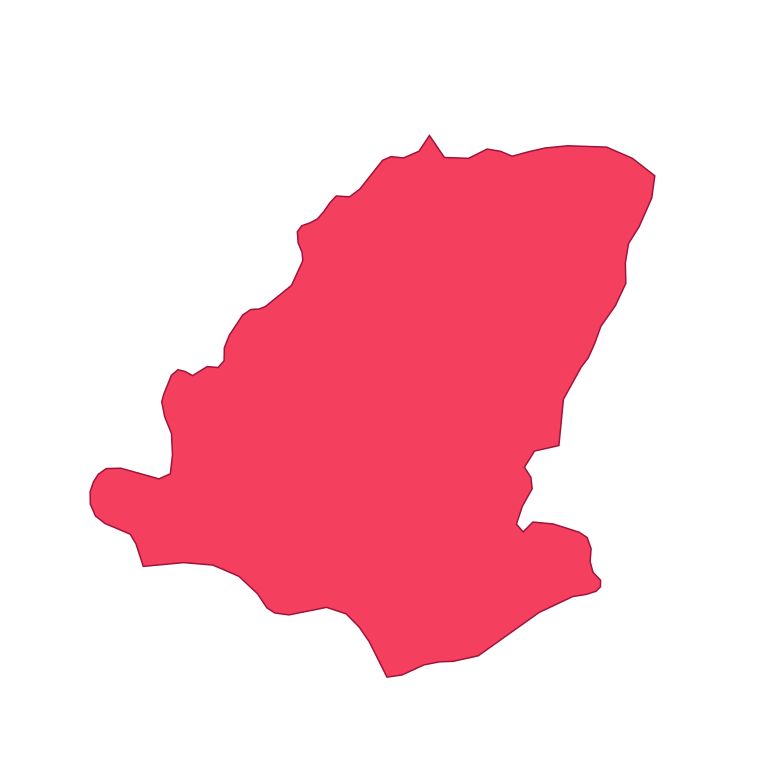 SVG path tracing the border of Bougouriba, rotated 14°
{"feature_id": "BFA-2832", "entity_name": "Bougouriba", "entity_type": "Province", "adm_level": 1, "iso_a3": "BFA", "parent_name": "Burkina Faso", "parent_adm1": "", "projection": "equal_earth", "projection_center": [-3.423, 10.894], "detail": "fine", "context": "isolated", "style": "filled", "palette": "rose", "viewbox_px": 768, "rotation_deg": 14, "n_neighbors": 0, "source": "natural_earth", "source_scale": "10m", "svg_char_len": 1502}
<svg xmlns="http://www.w3.org/2000/svg" viewBox="0 0 768 768"><g transform="rotate(14 384 384)"><path d="M453.2,132.0L468.4,123.5L483.3,116.0L504.6,108.4L542.7,100.3L570.3,104.9L596.4,116.5L598.8,138.7L593.5,169.6L587.3,188.6L588.9,208.2L594.3,227.7L589.6,251.9L580.5,275.5L578.6,293.9L575.9,309.0L571.3,319.8L561.8,355.4L568.6,401.4L546.3,412.6L540.4,430.8L549.1,439.0L553.1,449.8L547.8,469.2L546.4,488.0L554.8,493.8L561.9,481.9L582.0,478.9L609.2,480.6L618.3,483.9L624.8,493.7L627.0,506.5L632.3,516.1L641.6,522.0L643.1,528.4L640.0,533.7L631.4,539.1L618.5,544.6L589.7,568.2L541.2,624.9L518.1,636.4L504.9,640.2L490.7,646.9L471.8,662.0L457.8,667.7L432.0,637.6L418.9,626.0L403.0,616.2L382.3,614.6L347.7,631.0L333.6,632.6L324.6,629.6L312.0,618.1L289.7,605.7L261.8,601.1L232.7,605.8L194.6,619.2L182.0,599.1L174.1,591.1L147.2,586.9L136.0,581.9L128.1,571.6L124.9,559.6L125.8,549.2L128.6,540.7L134.9,533.3L148.9,529.4L188.6,530.5L198.4,522.8L195.9,503.9L189.8,483.5L179.1,468.8L172.6,455.0L172.8,447.1L175.6,427.1L180.6,420.0L188.2,420.0L196.2,422.2L208.3,409.8L219.0,408.2L223.2,400.1L220.3,387.5L222.2,373.8L230.2,351.2L236.6,344.1L240.7,342.6L244.3,341.7L250.2,337.5L270.4,310.7L275.4,284.0L272.6,276.0L266.5,267.7L263.1,257.3L265.9,250.3L273.0,245.7L279.4,240.0L283.8,231.5L287.7,221.2L292.2,213.1L305.2,210.8L313.4,200.7L328.5,167.3L335.8,161.7L348.3,159.9L361.6,149.7L368.0,131.9L387.8,149.6L411.4,144.6L427.2,131.1L440.7,130.0L453.2,132.0Z" fill="#f43f5e" stroke="#9f1239" stroke-width="1.5"/></g></svg>